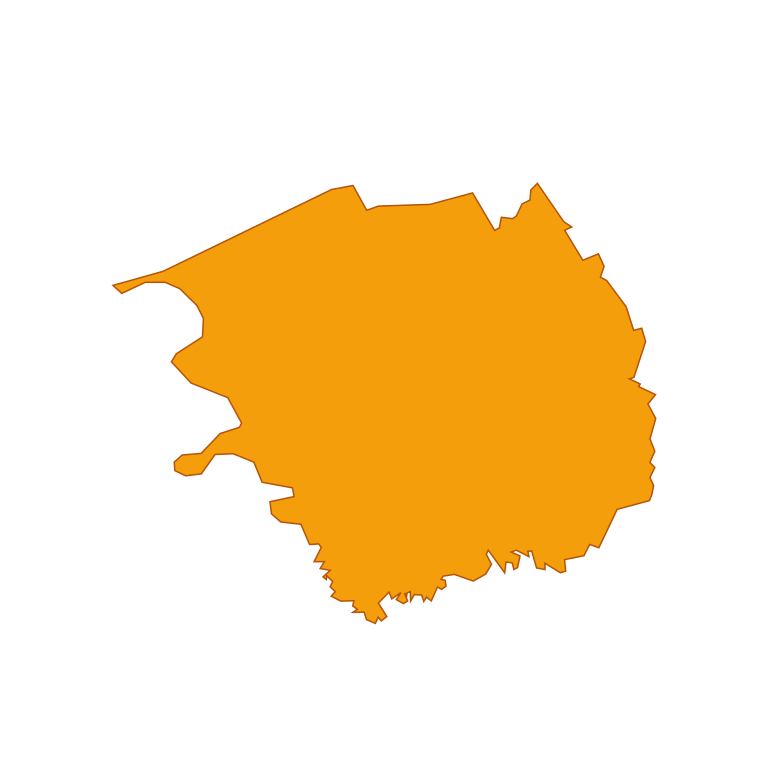 Nautla, Veracruz, Mexico, rotated 285°
{"feature_id": "50627088B42356912123760", "entity_name": "Nautla", "entity_type": "district", "adm_level": 2, "iso_a3": "MEX", "parent_name": "Mexico", "parent_adm1": "Veracruz", "projection": "natural_earth1", "projection_center": [-96.821, 20.123], "detail": "medium", "context": "isolated", "style": "filled", "palette": "amber", "viewbox_px": 768, "rotation_deg": 285, "n_neighbors": 0, "source": "geoboundaries", "source_scale": "gbopen_adm2", "svg_char_len": 1970}
<svg xmlns="http://www.w3.org/2000/svg" viewBox="0 0 768 768"><g transform="rotate(285 384 384)"><path d="M450.3,631.5L452.5,619.6L455.1,623.7L492.7,625.7L504.6,618.5L500.4,611.3L521.3,597.9L541.6,572.3L543.2,565.4L554.7,566.1L565.2,557.4L555.0,544.0L579.3,518.7L584.2,524.7L587.3,515.6L617.5,480.2L609.3,475.6L599.5,477.4L593.7,470.8L580.7,468.4L577.0,465.5L575.4,454.2L564.6,455.0L561.0,451.1L591.5,420.1L569.4,382.0L554.4,332.6L547.3,322.3L567.7,302.7L558.3,283.0L435.7,141.5L409.1,96.7L403.6,107.2L420.4,127.0L425.6,146.3L423.2,162.1L411.3,183.1L400.6,192.6L382.6,196.5L359.5,175.6L350.4,172.9L335.0,197.4L330.4,236.6L309.5,256.5L304.8,255.6L293.8,238.6L269.6,225.3L263.2,207.5L254.2,201.6L246.2,204.4L244.0,216.2L249.9,230.8L272.2,239.1L277.6,256.3L274.8,278.6L257.5,291.7L260.0,322.4L252.0,326.3L240.8,304.3L229.4,309.0L224.0,319.9L227.0,340.1L209.7,353.7L212.6,362.2L210.1,365.7L194.3,362.5L197.0,372.4L189.2,370.1L190.1,380.4L181.9,375.0L180.2,378.9L184.0,378.3L179.9,385.6L174.2,384.4L170.9,390.7L165.4,387.9L163.1,398.5L166.9,411.0L161.5,411.2L159.5,416.5L155.4,413.0L158.5,423.9L151.9,428.1L150.5,437.6L157.2,438.7L154.5,442.7L160.1,446.9L170.9,435.3L184.3,442.7L178.4,447.1L186.9,454.3L178.9,451.7L176.9,459.6L180.5,463.0L187.5,457.9L185.4,460.7L188.2,460.4L190.3,463.1L181.2,465.9L188.4,467.8L189.9,475.0L184.2,478.7L189.1,480.2L186.7,485.8L201.8,488.2L200.5,492.8L204.9,496.2L210.2,493.9L210.0,489.7L213.8,491.0L218.3,501.2L216.8,521.3L226.8,531.5L237.7,534.5L246.0,526.9L250.5,527.7L232.8,549.5L243.6,547.9L244.4,554.1L238.4,557.5L241.2,560.5L253.1,559.9L254.6,550.3L257.7,554.7L254.8,568.7L259.7,566.2L260.9,569.9L245.8,579.0L246.4,587.5L252.5,585.9L247.3,603.3L250.3,607.9L261.1,603.9L269.9,621.6L282.3,624.2L281.4,633.9L323.3,641.7L340.1,670.6L346.8,671.3L355.7,670.7L362.4,665.1L373.5,667.2L377.0,661.1L389.1,663.0L399.9,655.1L421.0,655.4L433.0,644.1L444.0,649.0L447.4,630.6L450.3,631.5Z" fill="#f59e0b" stroke="#b45309" stroke-width="1.5"/></g></svg>